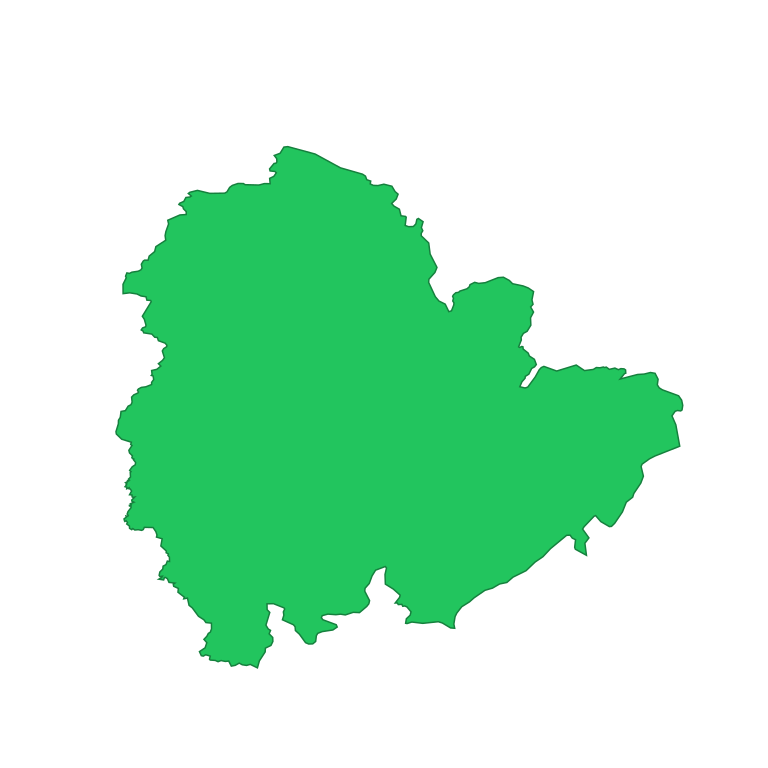 map outline of Orientale (Equal Earth projection), rotated 256°
{"feature_id": "COD-1559", "entity_name": "Orientale", "entity_type": "Province", "adm_level": 1, "iso_a3": "COD", "parent_name": "Democratic Republic of the Congo", "parent_adm1": "", "projection": "equal_earth", "projection_center": [26.062, 1.632], "detail": "fine", "context": "isolated", "style": "filled", "palette": "green", "viewbox_px": 768, "rotation_deg": 256, "n_neighbors": 0, "source": "natural_earth", "source_scale": "10m", "svg_char_len": 6168}
<svg xmlns="http://www.w3.org/2000/svg" viewBox="0 0 768 768"><g transform="rotate(256 384 384)"><path d="M421.0,122.2L420.7,126.6L424.4,130.4L425.1,133.5L427.3,135.2L432.3,135.9L434.0,138.6L434.8,143.0L435.6,143.8L437.6,143.3L438.6,144.5L439.4,147.7L438.9,152.2L439.7,158.4L441.8,158.9L444.0,161.6L447.7,161.9L448.6,160.3L449.4,161.3L453.3,161.8L453.2,167.1L455.4,171.8L458.3,170.0L460.5,174.8L462.6,177.3L469.7,176.9L471.6,178.8L472.8,182.2L474.1,182.7L476.6,181.5L480.6,175.6L484.0,175.3L484.8,172.9L488.6,170.8L491.8,163.2L493.5,163.1L495.2,161.5L496.8,163.3L497.2,166.5L498.6,167.3L504.8,167.1L508.2,165.9L520.1,178.0L521.5,177.8L522.7,174.2L526.2,174.2L528.2,169.5L531.1,166.1L534.0,159.3L534.8,152.7L543.9,154.9L549.4,159.6L551.1,159.3L554.0,161.4L552.9,163.8L553.5,166.4L552.9,172.8L553.5,175.6L555.0,177.3L558.9,177.5L561.6,180.2L562.1,181.7L561.2,185.0L564.9,187.1L568.0,193.5L572.5,195.9L576.3,207.0L580.9,207.5L584.6,209.2L591.4,213.7L595.2,213.8L597.4,226.9L596.3,233.1L599.1,233.8L602.5,231.8L604.8,231.7L607.8,228.4L608.8,229.4L609.6,233.9L612.9,236.9L612.4,240.9L613.0,242.5L616.2,240.2L617.0,242.0L617.0,249.8L611.1,261.1L607.7,275.6L608.4,278.1L612.1,281.8L613.4,284.9L613.9,290.9L612.5,296.1L611.0,297.4L607.3,310.8L607.4,316.4L605.9,322.0L611.2,322.8L612.1,327.3L615.0,330.6L616.6,329.6L618.3,325.0L620.4,325.0L624.6,330.7L624.3,332.5L625.4,333.8L628.6,334.4L632.3,332.8L633.0,339.0L638.1,344.2L637.6,348.1L623.8,372.8L604.3,394.0L592.8,413.9L590.2,416.3L586.4,416.7L584.1,420.2L581.5,419.0L579.3,421.7L578.0,426.2L577.9,432.2L574.0,439.5L568.0,441.3L564.8,443.6L560.5,440.6L557.3,435.1L554.1,436.8L549.9,441.2L543.1,441.2L541.4,445.4L540.5,445.9L532.7,442.9L530.7,445.9L529.7,450.6L531.7,453.7L535.8,455.7L536.3,457.4L532.0,461.2L526.7,458.1L523.3,458.7L521.2,456.6L518.8,456.0L510.0,461.5L498.9,460.2L484.3,463.6L479.9,460.4L474.8,452.9L471.7,451.9L456.3,454.9L451.2,457.4L446.7,462.7L438.5,464.4L438.7,467.2L443.8,470.8L445.8,471.5L447.9,470.8L450.3,472.1L452.5,471.8L453.8,473.1L455.2,475.8L454.9,478.5L455.8,480.1L456.3,487.5L457.7,490.3L459.6,491.5L460.7,496.6L458.7,500.2L457.8,506.8L459.6,520.5L458.7,525.7L454.1,530.7L450.2,533.0L445.5,542.7L442.3,547.2L437.5,551.5L429.8,547.9L425.3,547.9L423.3,544.9L417.6,546.5L412.8,542.2L405.5,540.7L400.5,535.6L399.4,531.5L396.2,528.3L393.5,527.9L387.5,523.6L386.6,524.5L387.1,526.8L386.5,527.8L384.2,527.5L379.1,531.4L376.0,531.8L371.6,535.9L366.0,536.5L364.2,534.2L363.4,531.1L358.5,526.9L357.2,522.9L355.5,522.3L352.8,518.4L348.5,515.1L346.0,519.9L346.2,522.7L354.2,532.4L360.3,538.1L361.9,540.6L362.4,543.4L354.8,554.7L355.9,575.1L348.5,581.8L347.5,590.6L348.6,594.0L347.5,597.4L347.4,601.0L346.7,601.8L346.6,603.8L343.7,606.2L343.6,611.9L341.2,614.9L341.6,617.6L340.6,620.6L339.2,621.8L336.0,621.2L335.9,619.9L331.7,614.3L331.9,632.3L330.7,638.8L330.7,645.3L328.8,649.6L322.3,651.1L317.1,649.0L313.7,650.1L311.0,652.7L301.3,667.0L296.3,668.9L291.0,668.7L286.7,666.9L286.1,665.4L287.3,662.3L287.1,659.9L283.4,655.7L273.8,657.3L252.1,655.9L248.6,629.6L247.2,623.6L243.8,615.0L241.7,613.5L231.8,613.4L225.7,609.2L217.3,599.9L214.0,597.9L210.7,590.5L202.2,584.4L193.0,574.1L190.8,570.3L191.1,568.2L198.0,561.1L205.1,557.5L204.9,555.9L197.1,543.6L195.2,541.6L185.1,545.6L180.9,540.4L168.8,539.0L177.4,529.7L179.4,529.5L186.6,532.2L188.9,529.4L192.3,528.0L193.0,524.6L184.0,505.8L178.0,496.5L174.7,487.6L168.5,476.7L165.4,462.5L161.7,455.2L162.0,447.8L159.7,439.9L159.4,432.1L154.7,419.6L151.9,414.2L149.1,405.6L144.2,399.3L141.1,396.7L134.2,393.7L129.9,393.5L131.2,389.6L138.0,382.8L140.2,379.2L142.4,363.7L146.3,353.4L146.0,348.4L146.6,347.1L150.8,348.9L153.3,353.4L156.4,355.1L162.2,352.3L163.6,350.4L163.8,348.4L165.9,348.0L166.5,344.5L168.3,343.9L168.8,341.9L173.2,347.5L175.2,348.6L182.8,343.4L189.5,336.9L198.9,338.9L204.9,341.9L206.6,341.1L205.4,330.8L200.7,326.0L194.0,321.4L190.4,316.2L187.6,315.2L177.3,317.6L174.4,316.1L172.3,313.4L168.1,304.9L169.9,298.9L169.3,290.6L171.2,286.1L171.8,281.5L174.3,273.9L174.2,268.0L172.3,266.7L170.0,267.7L162.0,279.4L159.5,279.8L157.7,274.9L158.7,264.2L158.1,259.4L156.2,257.5L150.7,255.4L149.1,252.0L149.9,248.1L152.0,245.3L161.7,241.4L166.2,238.4L170.0,239.0L172.3,237.9L179.8,228.4L183.9,230.9L187.2,231.2L189.7,233.2L191.0,232.8L197.6,223.6L199.0,217.3L193.3,216.0L190.0,217.9L178.6,211.1L174.3,212.4L172.4,214.3L169.4,212.1L165.0,214.7L161.1,213.9L157.7,211.1L156.4,205.0L152.8,203.9L145.5,196.1L139.2,192.5L144.3,186.4L144.2,182.5L145.9,178.5L148.2,176.0L147.0,171.6L147.2,167.6L152.7,166.3L153.2,162.9L155.1,159.0L154.7,155.8L156.6,153.4L158.2,148.6L159.2,148.1L162.0,149.6L164.4,145.5L163.7,142.8L164.6,141.0L169.0,140.2L171.3,146.6L175.9,149.5L179.8,147.5L182.1,151.1L184.5,153.2L185.2,155.4L188.1,157.4L193.7,158.7L195.6,153.5L198.8,152.2L203.5,147.8L213.2,143.8L216.4,141.3L223.8,141.5L224.0,137.7L225.5,138.7L231.8,133.7L235.4,135.0L238.6,131.0L240.7,131.1L241.4,132.9L243.5,127.4L247.6,126.7L249.3,124.9L249.2,124.0L247.2,122.8L249.1,118.3L250.0,121.4L251.1,122.5L251.4,120.0L252.7,119.5L255.8,121.0L258.0,124.6L260.7,125.6L261.5,128.8L264.6,130.9L263.7,133.0L268.0,133.9L270.0,132.9L271.3,133.7L273.0,131.8L274.6,132.4L280.8,128.3L287.5,131.3L290.5,126.2L292.4,127.2L296.0,126.9L300.6,125.2L302.9,116.8L301.0,115.2L300.6,113.5L302.1,110.3L302.6,106.9L304.5,105.3L303.7,104.0L305.5,102.2L307.8,102.6L310.4,100.5L311.7,101.6L313.7,100.7L313.3,99.3L313.9,99.1L316.0,99.1L317.1,101.7L318.4,101.7L317.6,103.3L318.4,104.1L319.9,103.3L322.2,104.8L325.2,108.6L326.8,109.0L327.3,107.9L326.6,107.5L327.9,107.6L328.1,109.5L329.2,109.0L329.8,112.8L331.1,111.1L332.4,111.1L334.6,114.7L334.7,113.1L335.4,112.3L337.3,112.6L338.1,110.3L341.2,113.2L343.5,112.4L344.0,111.2L345.0,111.6L344.6,109.0L346.0,109.5L347.0,107.9L348.5,109.9L349.3,109.5L350.1,110.5L350.8,109.5L351.7,112.5L352.4,112.1L352.4,113.7L353.6,113.2L355.0,115.5L359.6,116.4L360.1,117.3L361.7,116.3L364.6,119.7L365.8,123.1L368.0,124.0L371.3,122.5L371.7,123.1L373.4,121.5L375.2,122.5L378.7,120.4L381.4,120.4L385.3,124.6L386.6,123.6L388.6,124.8L393.9,116.1L400.2,112.2L402.6,112.4L409.6,116.6L413.1,117.6L415.4,120.0L421.0,122.2Z" fill="#22c55e" stroke="#15803d" stroke-width="1.5"/></g></svg>